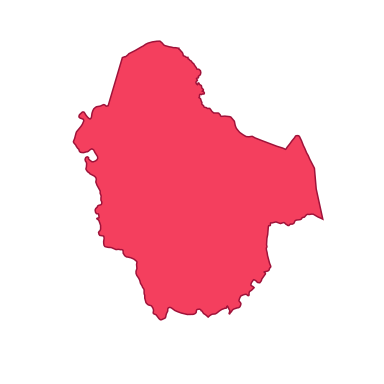 the district of El Triunfo, Choluteca, Honduras, rotated 110°
{"feature_id": "27666195B77536199573353", "entity_name": "El Triunfo", "entity_type": "district", "adm_level": 2, "iso_a3": "HND", "parent_name": "Honduras", "parent_adm1": "Choluteca", "projection": "orthographic", "projection_center": [-87.02, 13.087], "detail": "fine", "context": "isolated", "style": "filled", "palette": "rose", "viewbox_px": 384, "rotation_deg": 110, "n_neighbors": 0, "source": "geoboundaries", "source_scale": "gbopen_adm2", "svg_char_len": 6022}
<svg xmlns="http://www.w3.org/2000/svg" viewBox="0 0 384 384"><g transform="rotate(110 192 192)"><path d="M89.5,303.4L139.6,300.3L140.7,301.9L140.0,303.7L140.0,304.4L140.2,305.1L142.6,307.5L144.5,310.8L145.4,311.6L147.4,312.7L149.6,313.0L152.2,312.9L156.0,312.1L157.3,312.2L158.0,312.5L158.2,313.0L158.2,313.6L157.6,315.3L156.3,317.6L154.4,320.0L153.9,320.8L154.0,321.7L154.4,322.4L157.3,323.9L158.1,324.2L158.9,324.2L159.9,324.0L160.4,323.6L160.8,322.5L160.8,319.2L161.5,318.4L162.3,318.0L165.9,318.2L168.4,318.8L174.9,321.1L176.5,321.1L181.8,320.6L185.1,320.7L185.7,320.4L186.2,319.9L187.8,317.1L188.5,316.5L190.0,314.4L190.5,313.1L192.2,311.7L192.8,310.5L192.6,309.0L192.1,307.3L190.4,305.0L189.9,304.0L189.1,303.3L187.1,302.2L185.7,300.9L185.9,299.4L186.1,298.8L188.0,296.8L191.0,292.9L192.5,292.1L193.9,292.2L195.7,293.2L197.3,295.0L197.8,296.2L197.2,298.6L196.3,300.6L195.0,301.0L194.7,302.2L195.0,302.8L195.9,303.6L196.9,303.7L198.0,303.6L199.3,302.8L200.1,301.6L201.4,300.7L204.6,299.8L206.5,299.6L207.1,299.2L208.3,297.6L209.0,296.1L209.2,294.9L209.8,294.1L210.4,289.5L210.9,288.1L211.6,287.1L212.7,286.3L215.5,285.8L218.0,283.7L222.3,278.8L223.3,278.3L224.6,277.9L226.8,276.0L228.8,275.5L230.5,274.9L231.1,274.6L231.6,273.9L232.4,273.3L233.3,273.0L234.2,272.9L234.7,273.0L235.2,273.3L236.5,275.2L237.1,275.7L237.8,275.9L238.7,275.9L240.4,276.8L241.5,276.9L242.4,276.7L244.1,275.7L245.0,274.4L245.0,274.1L244.6,272.6L244.8,272.2L247.3,270.8L247.9,270.6L248.2,270.8L249.0,272.1L249.4,272.3L249.7,272.3L250.2,270.6L250.6,269.8L252.7,268.0L254.6,266.5L258.1,265.2L259.8,265.2L260.6,265.7L261.9,266.0L263.6,264.9L264.3,263.8L263.7,260.6L263.7,260.0L263.9,259.7L265.6,258.7L268.8,258.1L270.7,257.3L272.2,256.4L273.0,255.3L273.0,254.4L272.7,251.8L272.0,249.6L271.8,248.4L272.1,243.7L271.0,241.5L270.6,239.2L270.2,238.4L270.2,237.7L270.3,237.1L270.7,236.7L273.1,235.7L274.2,234.2L274.8,233.6L275.4,231.4L275.1,230.0L274.7,226.9L274.9,223.8L275.7,221.3L276.3,220.1L276.9,219.7L279.1,219.3L282.7,217.6L285.6,217.5L287.7,216.7L289.2,215.4L291.4,212.4L293.0,210.8L295.5,209.1L297.3,206.8L298.3,206.0L299.8,203.9L300.7,203.4L303.2,202.5L304.2,202.0L305.2,201.1L307.9,200.1L311.7,197.4L312.4,196.2L313.0,194.6L313.0,193.8L312.8,191.4L313.0,190.9L314.5,189.0L315.6,188.1L316.6,187.6L318.7,187.2L319.4,186.7L319.5,186.4L319.7,183.7L322.3,179.7L322.8,178.4L322.8,177.6L322.3,176.8L319.9,174.4L319.3,174.0L318.3,174.0L316.6,174.3L315.0,174.4L312.2,174.1L310.4,174.7L309.7,174.8L308.8,174.5L308.1,173.5L307.9,172.7L308.0,171.6L309.2,167.6L309.4,164.7L309.4,160.7L308.7,154.5L306.8,149.6L306.4,148.8L305.9,148.2L305.0,147.4L303.9,146.9L303.1,147.0L302.1,147.3L300.9,147.2L300.5,146.8L299.5,145.0L299.6,143.8L299.9,143.2L300.4,142.9L300.5,141.8L302.2,139.6L302.7,137.4L303.3,135.7L303.9,134.5L304.0,134.0L302.3,133.2L300.6,131.9L299.8,131.0L298.9,129.0L298.4,128.2L297.0,127.1L294.3,125.5L292.1,123.8L290.6,122.0L290.0,121.5L289.7,120.5L289.4,120.1L288.9,119.9L288.2,120.1L287.6,120.1L287.1,119.7L287.4,119.2L289.3,117.3L290.4,116.0L290.9,115.8L293.5,115.6L293.7,115.3L293.7,115.0L293.4,114.8L292.6,114.8L290.9,114.0L289.6,113.8L288.3,113.2L287.6,112.6L285.6,110.1L284.8,108.7L284.0,108.0L283.3,107.7L281.3,107.6L280.1,107.9L279.5,108.5L278.3,110.5L277.7,110.8L275.1,110.9L272.9,110.5L270.8,108.3L269.7,106.5L269.6,105.8L270.2,104.2L270.1,103.5L269.8,103.2L269.1,103.2L267.6,103.8L265.9,103.9L263.9,102.4L260.7,100.9L260.5,101.2L260.0,102.5L259.7,104.3L259.2,104.9L258.0,105.1L256.8,105.1L253.5,104.2L253.3,104.0L253.2,103.5L253.6,101.5L254.6,99.6L254.3,97.7L254.0,97.2L251.7,96.5L249.8,96.6L244.0,95.0L243.3,95.2L242.9,95.8L242.8,96.5L242.5,96.8L242.0,96.3L240.6,94.1L239.7,93.2L238.9,92.9L237.2,93.0L235.6,92.4L234.8,92.6L232.6,94.6L226.0,99.2L223.1,100.8L220.9,102.3L219.3,103.0L218.5,102.8L217.7,102.9L216.1,103.9L211.5,105.3L209.7,105.8L206.2,106.3L198.5,108.4L197.4,108.4L197.0,107.3L196.5,107.0L194.3,107.6L194.0,107.2L193.7,106.2L191.4,102.9L191.4,98.1L189.6,95.8L189.3,95.1L189.3,94.6L190.2,92.6L190.2,91.7L190.7,90.9L190.4,89.5L188.5,88.6L187.9,86.8L186.8,85.7L186.2,85.5L184.1,85.4L183.3,85.0L182.5,84.0L181.7,82.3L180.9,80.8L180.0,80.0L178.3,79.6L177.2,77.8L174.2,76.6L173.5,75.9L173.0,74.1L171.8,71.9L171.4,70.4L172.4,65.0L172.6,61.5L172.8,59.8L146.7,76.3L127.8,85.1L120.8,92.7L118.0,95.3L116.1,97.6L112.4,101.0L110.3,103.2L106.3,106.7L103.1,110.0L102.7,110.9L102.8,111.8L103.3,113.0L103.6,113.5L104.2,113.9L105.9,114.2L110.1,115.7L112.8,116.4L117.3,117.9L119.1,118.3L119.9,118.6L120.0,118.9L119.8,119.9L119.7,122.1L120.0,127.8L119.8,143.8L119.6,151.2L119.1,154.4L119.4,155.1L120.7,157.5L121.4,160.1L120.8,163.4L119.8,167.2L119.4,168.1L118.2,170.2L117.0,172.1L115.5,173.5L114.3,174.4L111.0,176.4L108.3,181.1L108.3,182.4L109.5,187.2L110.8,190.1L110.9,190.7L110.8,191.0L109.8,192.0L108.8,193.9L108.9,194.6L110.3,198.6L109.4,201.0L108.5,202.1L107.4,203.9L107.5,204.5L108.2,205.9L107.8,207.7L108.1,209.1L108.0,209.7L107.6,210.2L107.0,210.6L106.3,212.5L105.4,213.1L104.5,213.3L103.1,214.7L101.6,215.7L101.1,216.7L101.0,217.5L100.9,217.7L99.4,217.6L98.5,218.1L97.6,218.0L97.3,217.6L97.3,216.8L97.2,216.4L96.3,215.7L95.9,214.4L95.4,214.1L94.6,214.3L94.1,214.9L93.8,215.4L93.7,216.8L93.2,216.6L92.7,216.1L91.8,216.4L90.9,218.3L88.8,219.6L88.4,221.6L87.3,222.9L87.3,223.3L87.6,223.6L88.9,223.4L89.3,223.6L88.9,224.8L87.7,225.8L86.4,225.8L85.7,225.2L85.3,225.1L84.9,225.4L84.1,226.5L83.7,226.6L82.5,225.1L81.9,225.1L81.4,225.5L81.1,225.6L79.5,224.5L78.3,224.3L76.7,224.6L75.1,225.6L74.3,227.6L74.9,229.3L73.7,230.5L72.0,233.0L70.9,234.2L70.3,236.0L69.2,237.5L69.0,239.1L68.3,240.1L68.2,241.2L66.9,241.8L67.2,242.7L67.3,243.6L67.2,244.3L66.9,245.0L66.9,246.8L65.7,247.5L64.6,248.4L63.4,250.2L63.3,250.9L62.5,251.9L62.2,253.2L61.4,253.4L62.0,256.7L62.7,258.8L63.0,261.5L63.3,262.7L63.7,267.5L63.5,268.7L62.0,271.4L61.2,273.7L62.3,276.5L64.5,280.6L67.1,284.2L68.9,286.0L71.5,287.8L73.1,289.3L78.5,293.8L83.6,298.6L85.1,299.2L87.3,300.5L87.8,301.0L87.9,301.5L89.5,303.4Z" fill="#f43f5e" stroke="#9f1239" stroke-width="1.5"/></g></svg>